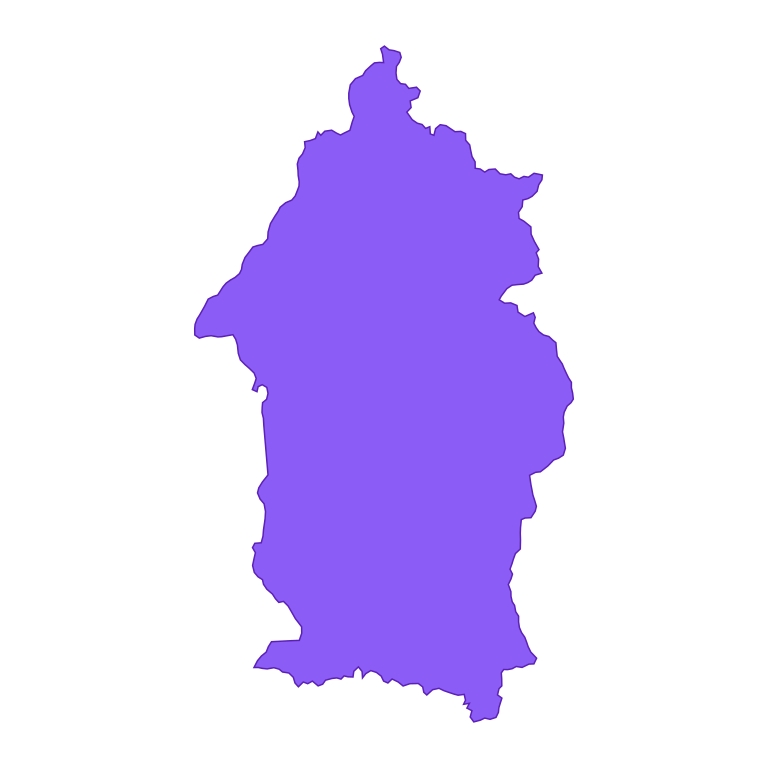 Casa Branca, São Paulo, Brazil (Robinson projection)
{"feature_id": "56859067B40720092622616", "entity_name": "Casa Branca", "entity_type": "district", "adm_level": 2, "iso_a3": "BRA", "parent_name": "Brazil", "parent_adm1": "São Paulo", "projection": "robinson", "projection_center": [-47.085, -21.789], "detail": "fine", "context": "isolated", "style": "filled", "palette": "violet", "viewbox_px": 768, "rotation_deg": 0, "n_neighbors": 0, "source": "geoboundaries", "source_scale": "gbopen_adm2", "svg_char_len": 4437}
<svg xmlns="http://www.w3.org/2000/svg" viewBox="0 0 768 768"><path d="M536.6,658.2L530.8,652.1L528.1,646.6L526.6,642.1L524.8,637.3L521.5,632.5L519.4,627.5L518.6,622.0L518.6,616.2L515.7,611.7L514.6,605.5L512.2,601.7L511.0,596.4L510.9,591.6L508.3,584.5L511.0,579.0L512.5,574.1L510.0,569.2L512.0,563.7L513.3,559.4L515.4,553.6L520.3,549.0L520.5,540.0L520.3,533.3L520.5,527.8L521.3,519.6L525.1,518.0L531.0,517.7L535.2,511.2L536.4,506.3L534.6,500.2L532.9,495.0L532.1,490.7L530.9,484.5L529.6,475.3L535.6,472.3L540.4,471.8L547.8,466.0L553.6,460.0L558.5,458.2L563.3,455.1L565.4,448.3L563.7,437.9L562.5,431.8L563.8,423.2L563.3,417.1L564.2,412.2L567.2,406.0L571.0,402.7L573.3,399.1L572.6,392.9L571.4,387.9L571.4,382.3L568.5,377.8L565.9,372.4L563.9,368.0L562.3,364.0L560.0,360.6L557.2,356.3L556.5,349.8L555.9,342.7L552.8,340.2L548.9,336.5L543.5,335.0L538.9,331.6L536.2,327.8L533.8,323.1L535.2,317.3L533.4,312.8L524.9,316.5L518.0,312.1L517.0,305.5L510.8,302.9L504.6,303.2L499.2,299.8L501.3,296.0L506.9,288.6L512.0,285.2L517.3,284.6L523.6,284.1L527.8,282.6L531.7,280.2L535.2,275.2L541.9,273.1L538.2,266.6L538.6,259.1L536.2,252.8L539.0,249.6L534.4,241.5L531.1,234.2L530.9,226.9L523.9,221.2L519.1,218.5L518.5,212.3L522.2,206.7L522.8,200.0L528.0,198.6L532.1,196.3L537.1,191.3L538.7,184.8L541.9,179.8L542.4,175.0L538.6,174.2L534.0,173.3L528.4,177.2L523.9,176.4L519.1,178.8L514.5,177.2L510.8,173.8L505.8,174.8L500.0,173.8L495.3,169.0L488.9,169.5L484.7,172.1L480.2,169.0L475.2,168.3L475.1,161.8L472.0,156.5L470.7,150.4L469.7,144.9L465.7,140.3L465.5,133.6L460.8,131.4L455.0,131.7L446.1,125.7L440.2,124.7L435.6,128.6L433.9,135.3L430.3,133.9L429.8,126.7L425.6,128.4L422.1,124.5L417.3,123.2L412.2,119.7L406.8,112.1L411.1,107.6L410.2,100.9L417.9,97.7L420.2,91.0L416.5,87.2L408.8,88.4L405.5,84.3L400.6,83.6L396.9,79.4L396.0,73.1L396.5,66.4L399.3,62.3L401.2,57.3L399.8,52.5L394.0,50.6L389.2,49.9L384.4,46.1L380.7,48.7L382.5,54.2L383.6,62.6L379.4,62.4L374.4,62.9L371.0,65.7L365.6,70.7L362.7,75.5L355.5,78.6L350.3,84.8L348.8,93.2L348.8,98.5L349.6,104.7L352.0,112.1L354.2,116.4L352.2,122.1L349.9,130.3L344.5,132.9L340.5,135.0L336.5,133.1L331.7,130.2L324.8,131.2L320.8,135.3L317.9,131.9L315.4,138.6L310.0,140.6L304.6,141.7L305.2,147.7L302.5,154.0L299.0,158.2L297.3,164.0L298.0,170.5L298.2,175.5L299.2,181.9L299.0,186.2L297.2,191.0L295.2,196.0L291.8,200.1L285.7,202.7L280.1,207.3L278.3,211.1L275.1,215.9L270.5,223.5L268.1,231.9L267.7,238.8L262.8,244.4L257.7,245.5L252.9,247.0L249.5,251.6L245.0,257.5L242.3,264.2L241.5,269.5L239.5,273.6L235.1,277.4L230.5,280.0L226.2,283.1L223.1,286.7L217.7,295.1L213.2,296.5L208.2,299.1L204.6,306.3L199.7,314.9L197.1,319.0L195.1,324.3L194.7,328.7L194.8,335.0L199.3,338.1L205.5,336.4L211.1,335.7L217.9,336.9L221.8,336.7L226.2,335.9L232.9,334.7L235.7,339.3L237.4,344.9L238.3,353.4L240.4,359.9L245.0,364.6L248.7,367.8L254.1,373.0L256.2,378.5L254.8,382.9L252.3,389.6L257.0,391.7L258.1,386.7L262.2,384.7L266.8,387.4L268.0,393.4L266.6,399.3L262.6,402.6L262.2,407.2L262.0,412.5L263.4,418.2L263.8,425.2L268.0,474.9L262.4,482.0L258.8,487.8L257.5,492.9L260.1,499.1L264.1,503.8L265.5,511.5L265.1,518.5L264.5,523.0L263.5,529.7L263.0,536.2L261.2,542.8L254.8,543.3L252.5,547.6L255.4,552.7L254.0,558.8L252.6,565.5L254.3,572.4L258.0,576.8L262.5,579.7L263.5,584.3L266.8,589.2L272.5,594.1L275.5,598.8L278.8,602.4L283.5,601.4L288.1,606.0L291.6,612.0L295.4,618.7L298.2,622.3L301.6,626.8L301.7,633.3L299.3,640.4L291.4,640.7L271.5,641.7L268.4,646.6L266.2,652.1L261.4,656.0L257.5,660.7L254.0,667.5L258.3,667.5L262.4,668.4L267.2,668.9L273.9,667.7L279.2,669.2L282.5,672.0L288.9,673.0L293.3,677.3L295.0,683.0L298.4,686.8L303.3,682.0L307.7,683.7L312.4,681.1L318.1,685.9L322.7,684.2L325.5,680.2L331.8,678.5L336.8,677.9L341.0,679.1L344.1,675.9L347.8,676.8L353.0,677.0L353.8,671.3L358.4,666.9L362.1,671.5L362.5,677.9L365.8,673.6L370.8,670.6L376.4,672.4L381.2,676.1L383.6,681.1L387.9,683.0L392.1,679.0L398.2,682.0L403.1,686.0L409.9,683.7L418.3,683.5L422.7,686.9L423.8,692.3L426.8,695.0L432.6,689.7L439.0,688.3L444.0,690.7L448.6,692.3L454.3,694.2L458.1,695.2L464.2,694.4L465.5,700.2L463.6,704.3L469.4,703.3L466.9,708.1L471.9,710.7L470.2,717.0L473.8,721.9L480.3,720.2L484.7,718.1L490.1,719.3L496.0,717.4L498.4,712.4L498.9,707.6L500.2,703.4L501.9,698.1L497.5,694.9L499.0,688.7L501.8,685.9L501.7,678.9L501.3,672.9L503.7,669.5L507.7,669.6L512.2,668.7L516.2,666.5L522.1,667.4L529.0,664.1L533.9,663.9L536.6,658.2Z" fill="#8b5cf6" stroke="#5b21b6" stroke-width="1.5"/></svg>